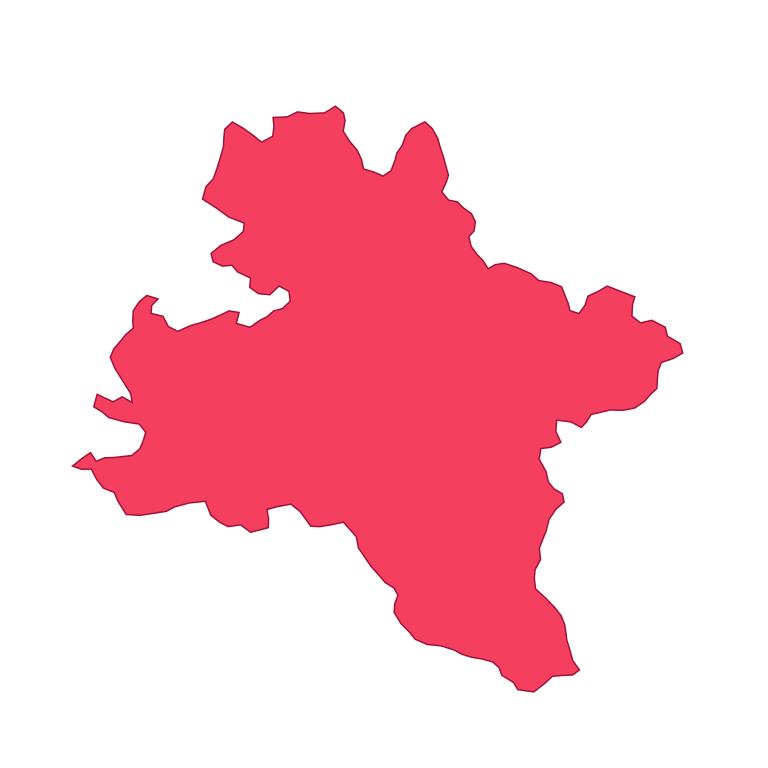 outline of Laje do Muriaé, Rio de Janeiro, Brazil, rotated 284°
{"feature_id": "56859067B52854744724154", "entity_name": "Laje do Muriaé", "entity_type": "district", "adm_level": 2, "iso_a3": "BRA", "parent_name": "Brazil", "parent_adm1": "Rio de Janeiro", "projection": "natural_earth1", "projection_center": [-42.133, -21.251], "detail": "fine", "context": "isolated", "style": "filled", "palette": "rose", "viewbox_px": 768, "rotation_deg": 284, "n_neighbors": 0, "source": "geoboundaries", "source_scale": "gbopen_adm2", "svg_char_len": 3171}
<svg xmlns="http://www.w3.org/2000/svg" viewBox="0 0 768 768"><g transform="rotate(284 384 384)"><path d="M153.8,642.8L161.3,634.1L171.4,628.4L179.6,623.4L186.4,620.8L194.3,617.5L201.9,612.0L208.0,604.4L215.1,593.0L221.9,580.6L231.7,576.9L240.3,575.5L251.4,578.4L262.1,574.5L270.8,575.5L280.5,576.9L292.7,576.9L304.2,581.2L313.0,587.3L320.7,583.6L323.4,574.2L328.6,567.3L338.2,562.4L348.6,552.8L359.3,551.8L363.2,561.8L370.3,569.7L379.6,562.2L390.7,560.3L392.4,574.5L389.6,586.0L396.2,589.7L404.6,592.4L409.4,602.0L413.5,609.6L416.3,622.3L421.4,633.2L430.1,640.8L438.5,645.2L445.6,649.8L455.4,648.0L463.6,646.8L472.0,648.0L478.8,658.5L486.4,666.4L494.8,661.6L499.0,647.4L507.1,643.2L510.6,628.4L505.3,618.1L509.9,608.1L521.5,605.9L529.3,606.3L531.4,589.1L533.0,576.9L525.1,568.8L518.7,560.7L509.1,560.0L499.5,556.1L500.2,546.7L506.8,543.2L521.3,532.8L522.9,521.6L521.8,509.2L526.5,500.2L529.3,484.2L530.2,471.4L526.6,462.9L521.0,457.2L527.4,450.6L532.5,442.5L538.6,435.3L547.6,430.7L554.4,434.4L563.6,433.4L570.4,427.7L574.3,417.9L578.5,411.1L578.0,402.3L584.4,393.6L594.8,395.6L602.2,396.0L609.8,391.7L619.0,386.6L627.7,381.0L635.5,376.6L643.7,368.7L648.2,360.2L638.6,349.1L630.5,344.9L620.2,344.0L611.1,340.6L603.8,340.6L592.6,339.2L585.5,332.7L587.2,323.1L587.7,312.2L596.7,307.6L604.3,301.4L611.1,292.0L619.3,283.3L630.2,282.5L637.3,279.0L641.8,269.6L632.7,260.8L628.5,246.6L627.1,234.2L619.8,225.6L615.8,211.9L607.4,214.9L597.4,216.1L589.1,206.7L593.6,196.8L598.2,185.3L601.5,173.5L592.6,167.8L585.2,168.9L575.2,170.8L563.6,170.4L552.6,169.8L541.7,168.7L532.6,163.6L519.5,163.2L514.7,177.4L508.3,193.5L506.3,209.5L497.9,210.6L487.5,203.4L479.1,192.2L468.7,184.6L461.3,188.7L459.3,198.8L462.4,207.7L457.3,214.9L454.5,228.9L445.3,230.3L441.3,240.3L443.0,251.7L453.7,258.4L450.9,269.3L441.7,273.0L432.6,267.2L428.2,259.3L420.9,254.1L415.5,247.9L406.6,240.3L407.1,226.1L418.3,226.1L417.5,216.1L411.8,209.1L405.6,201.4L398.7,190.7L393.9,182.2L385.2,171.1L387.6,160.8L396.2,153.2L396.2,140.9L403.9,139.6L411.9,144.2L412.5,132.4L404.8,126.7L394.4,123.0L385.1,124.8L377.6,127.2L369.5,121.5L361.6,117.8L352.9,113.4L343.8,111.9L334.1,119.1L325.3,128.2L318.9,134.8L313.5,140.5L305.1,144.2L308.2,133.0L301.1,125.4L304.6,108.2L291.6,107.9L288.8,117.3L284.8,125.2L284.5,140.9L285.9,156.2L279.5,164.5L270.5,164.1L262.0,162.7L253.6,156.6L250.1,147.2L247.2,139.4L244.9,130.9L239.3,123.4L246.4,115.8L239.0,109.2L229.0,101.6L228.1,111.2L230.6,120.6L221.7,128.5L215.1,137.0L213.5,148.5L205.9,154.2L195.0,165.4L197.5,178.9L203.1,192.5L207.9,203.8L213.8,210.1L221.4,223.7L227.0,239.0L214.6,247.9L210.0,258.4L207.9,267.2L212.6,279.0L207.9,290.5L216.6,306.5L225.0,304.7L233.9,300.8L239.3,310.4L244.9,322.8L240.2,333.1L234.5,340.1L228.3,347.3L230.1,356.3L234.6,366.8L240.1,378.1L229.1,394.1L218.7,398.9L203.9,415.5L197.6,424.9L191.7,433.1L188.4,443.0L182.5,448.7L173.2,447.6L164.8,449.1L155.6,458.5L149.8,468.1L143.9,476.0L141.7,488.9L143.7,502.6L142.9,516.2L140.6,524.7L140.1,535.2L140.9,545.6L140.6,556.6L136.6,564.2L129.9,568.8L125.6,582.1L119.8,587.8L121.5,603.9L132.5,612.5L141.1,618.1L144.5,628.0L147.3,637.4L153.8,642.8Z" fill="#f43f5e" stroke="#9f1239" stroke-width="1.5"/></g></svg>